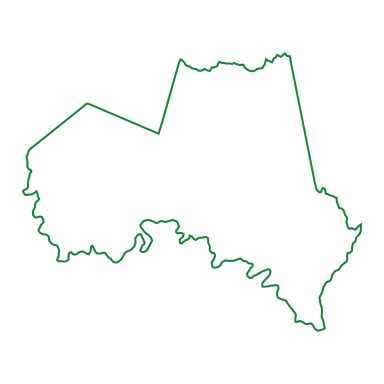 Itapetinga, Bahia, Brazil
{"feature_id": "56859067B19458731628359", "entity_name": "Itapetinga", "entity_type": "district", "adm_level": 2, "iso_a3": "BRA", "parent_name": "Brazil", "parent_adm1": "Bahia", "projection": "robinson", "projection_center": [-40.051, -15.316], "detail": "fine", "context": "isolated", "style": "outline", "palette": "green", "viewbox_px": 384, "rotation_deg": 0, "n_neighbors": 0, "source": "geoboundaries", "source_scale": "gbopen_adm2", "svg_char_len": 5351}
<svg xmlns="http://www.w3.org/2000/svg" viewBox="0 0 384 384"><path d="M289.8,56.3L288.1,56.0L286.5,55.8L285.1,53.4L283.5,54.6L282.3,55.8L280.7,56.8L279.1,56.0L277.2,55.0L275.6,57.4L273.9,58.3L273.1,60.1L272.0,62.4L269.9,61.3L267.8,60.6L266.1,59.1L265.3,62.0L264.5,64.9L263.2,66.6L262.2,68.1L259.2,68.5L257.1,69.0L255.1,70.5L252.9,71.3L250.5,70.9L249.0,70.5L247.5,69.6L246.1,68.7L244.6,67.4L243.4,64.7L241.5,64.8L239.3,64.9L237.4,64.4L235.8,63.9L234.2,63.0L232.0,63.9L228.9,63.5L226.3,63.5L223.9,63.0L221.3,62.8L219.3,61.9L217.9,64.0L217.3,66.1L215.1,66.8L213.4,67.6L211.8,67.5L210.9,69.2L209.9,70.9L207.6,70.5L205.9,69.7L204.4,68.9L202.3,70.3L200.2,70.8L198.4,70.6L196.2,69.1L193.9,68.8L191.9,68.3L189.9,66.6L187.1,65.8L185.5,64.7L184.4,62.6L182.5,60.5L180.6,59.4L179.1,62.3L177.2,69.1L172.8,84.4L162.6,120.8L158.6,133.7L89.0,104.0L86.8,103.6L78.0,110.7L75.7,112.6L71.9,115.6L32.0,147.6L30.0,149.1L28.4,151.5L27.9,154.2L26.6,156.3L26.9,158.6L27.3,160.7L27.5,163.9L27.4,166.5L28.6,169.2L30.6,169.8L31.4,171.5L29.8,173.6L29.4,176.6L28.7,178.8L28.3,181.0L28.0,183.8L28.0,186.5L27.2,188.6L25.8,189.5L24.0,189.9L23.0,191.5L24.2,193.7L25.4,194.9L27.8,194.9L30.1,194.4L32.1,194.3L34.0,193.1L36.5,191.3L37.6,194.4L38.1,197.1L39.2,198.7L38.1,200.5L36.0,202.3L34.9,205.1L35.0,207.0L34.3,208.6L33.2,210.8L32.8,212.6L33.3,215.3L35.0,217.3L37.2,217.4L39.8,216.5L41.8,217.0L43.0,219.2L43.5,222.2L41.2,224.9L39.5,228.0L38.4,230.4L40.0,232.6L42.2,234.0L44.6,234.4L46.2,234.6L48.5,236.2L49.1,238.6L49.4,240.9L51.3,243.3L53.5,244.8L56.4,245.4L57.8,246.5L58.5,248.7L59.1,251.2L58.7,253.4L58.7,256.3L57.8,258.0L57.0,259.9L59.0,261.3L61.6,261.2L64.1,261.6L66.6,261.2L68.6,259.3L68.5,256.5L68.7,254.6L69.5,252.7L71.4,252.4L72.6,253.8L74.6,254.7L76.8,254.1L79.0,252.4L81.9,251.3L84.3,252.2L86.3,253.4L88.7,254.4L90.5,251.6L91.0,248.9L91.0,246.8L92.3,245.8L93.7,247.9L94.7,250.7L95.9,252.4L97.7,253.6L100.4,253.6L102.8,252.9L105.2,252.9L106.2,254.4L107.6,256.3L109.0,257.8L111.1,259.1L112.6,261.3L114.1,262.2L115.7,262.6L117.4,262.3L119.3,261.1L121.2,259.4L122.4,257.5L123.6,255.4L125.1,252.6L127.7,251.2L130.1,250.3L131.7,249.1L134.1,246.6L135.3,243.8L135.5,241.6L135.5,238.0L137.5,235.3L139.6,234.0L141.3,234.7L141.9,236.9L142.9,238.9L143.8,240.7L144.7,242.3L144.3,244.1L142.5,245.3L141.1,248.4L140.2,250.5L141.7,251.9L143.9,252.1L145.9,251.0L147.3,249.7L148.4,247.8L149.8,245.2L150.8,243.0L152.1,240.7L151.2,237.9L149.8,236.6L148.5,235.0L146.3,233.7L144.1,231.4L142.4,229.0L140.7,227.0L140.3,225.1L141.7,223.4L143.4,221.2L145.7,220.4L147.4,220.1L149.4,220.0L151.9,221.1L154.0,221.7L156.0,223.0L158.1,222.7L159.7,221.5L161.5,221.0L163.4,221.5L165.4,222.0L168.5,221.2L171.2,220.3L173.6,220.2L175.3,221.0L176.9,221.8L178.0,223.4L178.9,226.3L177.8,228.9L176.3,230.2L176.2,232.2L177.5,233.3L180.1,233.0L182.3,233.2L183.7,234.2L182.9,236.8L179.8,239.4L179.8,242.5L181.7,243.6L183.6,241.7L185.4,240.3L187.7,239.5L189.5,237.9L189.6,235.7L192.1,236.7L193.8,239.1L195.9,239.9L197.9,238.4L199.7,237.7L201.3,237.8L203.8,237.3L205.9,237.0L207.9,238.1L208.2,240.3L208.1,242.5L209.3,245.0L209.9,247.2L209.7,249.5L210.2,251.3L212.0,252.9L214.1,253.0L215.2,255.4L213.9,258.9L212.9,260.7L211.7,262.3L211.9,264.3L212.5,266.6L214.1,267.8L216.2,267.5L218.1,266.9L220.3,265.5L221.4,263.0L223.0,261.7L225.1,260.4L228.0,260.8L230.3,260.9L232.8,260.9L235.6,260.1L238.7,258.9L240.6,258.5L242.7,260.3L244.2,261.2L246.0,261.2L247.3,262.3L248.7,263.3L250.6,263.6L252.6,264.2L252.7,266.2L250.5,268.0L249.2,270.4L248.0,272.3L246.9,273.9L247.7,276.2L249.0,277.7L251.8,277.9L253.1,276.5L255.0,275.5L257.0,274.6L259.2,273.3L260.7,272.4L262.5,271.4L264.7,270.6L266.9,269.5L269.5,269.4L270.5,271.9L269.5,275.1L267.9,276.9L266.6,278.2L264.6,280.5L262.9,282.3L262.1,284.2L262.5,286.6L264.5,286.8L266.5,286.3L268.8,286.3L271.1,285.6L274.2,285.4L276.0,285.1L277.8,285.6L278.6,288.4L277.7,290.6L277.1,292.7L277.1,295.0L277.5,297.0L279.0,298.2L280.5,298.8L282.2,299.5L284.5,300.1L286.3,301.1L287.1,302.8L288.5,304.6L289.7,306.2L290.8,307.7L292.2,309.2L293.4,311.0L294.9,312.8L295.8,314.5L295.8,316.5L295.2,319.6L295.4,321.8L297.4,321.8L299.4,321.0L301.7,321.5L303.3,322.5L305.4,323.9L307.5,324.1L309.1,323.8L310.8,323.3L312.3,324.5L313.6,326.5L315.2,329.1L317.6,330.6L320.2,330.2L322.9,329.4L324.9,328.1L324.0,324.9L323.7,322.8L323.0,320.1L321.7,317.0L321.8,314.6L322.0,312.2L321.9,309.9L321.7,307.3L320.8,305.0L320.1,302.3L320.0,300.1L319.5,297.5L320.8,295.0L322.1,292.2L322.8,289.5L323.3,287.4L324.4,285.8L325.2,284.0L326.9,281.9L329.6,281.1L331.0,279.5L331.6,277.6L332.2,274.9L333.9,272.6L334.9,271.3L336.5,270.5L338.4,270.0L340.0,267.8L341.5,265.5L343.2,264.2L344.5,263.0L346.6,261.5L347.4,259.1L347.0,256.3L347.6,253.1L350.1,252.6L351.9,251.0L352.1,248.1L352.5,244.9L353.3,242.9L355.0,241.9L355.7,239.7L356.5,237.2L358.4,235.4L359.6,234.0L360.7,231.3L361.0,224.4L358.7,225.9L356.7,228.3L355.3,229.6L353.6,229.1L351.9,228.1L350.1,229.0L348.4,228.1L347.6,225.8L347.0,223.8L346.4,222.0L346.9,219.9L346.9,217.3L345.2,215.2L344.3,212.7L343.3,209.8L341.1,208.3L339.1,208.2L338.4,205.9L337.8,204.1L336.9,202.1L336.6,199.6L336.7,197.7L334.9,197.5L333.5,196.3L331.7,195.9L329.8,195.2L327.7,194.1L325.6,193.6L325.4,191.3L324.7,188.8L322.8,188.0L321.7,189.7L321.1,192.1L319.1,192.2L317.6,190.7L316.4,188.9L314.8,182.6L310.0,158.4L309.6,156.3L291.4,64.9L289.8,56.3Z" fill="none" stroke="#15803d" stroke-width="2"/></svg>